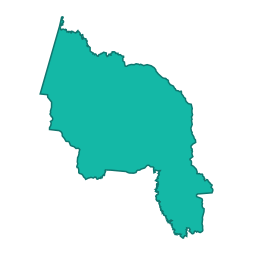 outline of Miranda, Mato Grosso do Sul, Brazil, rotated 6°
{"feature_id": "56859067B93702669901157", "entity_name": "Miranda", "entity_type": "district", "adm_level": 2, "iso_a3": "BRA", "parent_name": "Brazil", "parent_adm1": "Mato Grosso do Sul", "projection": "mercator", "projection_center": [-56.507, -20.138], "detail": "fine", "context": "isolated", "style": "filled", "palette": "teal", "viewbox_px": 256, "rotation_deg": 6, "n_neighbors": 0, "source": "geoboundaries", "source_scale": "gbopen_adm2", "svg_char_len": 5864}
<svg xmlns="http://www.w3.org/2000/svg" viewBox="0 0 256 256"><g transform="rotate(6 128 128)"><path d="M218.3,183.7L218.9,181.6L218.8,180.5L218.4,179.7L216.8,178.2L217.6,176.2L217.3,175.6L215.8,175.0L215.4,174.2L213.7,172.9L212.5,171.2L211.6,171.1L210.1,172.4L209.0,171.0L209.5,170.2L208.9,169.6L208.7,168.8L207.4,168.0L207.1,166.6L206.6,166.1L205.0,166.4L203.5,165.8L202.8,166.2L201.3,166.1L201.4,164.6L200.2,161.9L197.1,159.2L194.9,158.3L194.7,155.1L194.2,154.0L192.9,153.1L192.9,152.3L195.5,149.7L194.7,148.2L194.1,146.4L194.5,144.6L194.3,144.0L193.7,143.8L194.1,143.1L194.0,142.2L192.9,141.2L192.6,140.2L192.7,139.1L194.4,137.0L196.8,135.3L196.3,132.8L195.0,131.6L194.3,129.7L192.4,127.3L192.1,126.5L192.3,125.6L191.4,124.6L190.5,121.5L191.5,117.8L190.3,113.7L190.8,112.8L189.9,110.2L190.6,109.1L190.8,108.0L190.1,106.3L189.7,103.9L189.9,102.0L188.4,97.8L185.5,97.5L183.1,95.6L182.2,94.0L182.0,92.6L180.4,91.7L179.6,90.4L177.9,88.6L177.5,88.0L177.4,86.5L176.9,85.8L176.2,86.3L175.1,86.4L174.3,85.8L171.9,85.6L170.8,83.9L170.2,83.8L168.8,81.6L165.1,80.3L164.8,79.6L163.5,78.4L163.2,76.8L162.5,76.0L161.0,75.6L160.7,74.9L160.0,74.7L158.3,74.8L156.7,74.2L152.5,71.1L150.0,68.6L149.4,67.0L147.7,65.3L144.6,63.7L140.4,63.0L137.1,64.3L134.0,63.3L132.8,63.9L131.6,63.4L129.3,63.3L127.5,64.4L124.5,64.5L121.7,65.6L120.2,66.8L118.8,66.8L118.1,65.3L117.6,62.9L116.0,61.9L115.7,61.1L115.8,60.5L115.5,60.0L115.5,59.1L116.3,58.1L116.1,57.1L114.4,57.0L112.8,55.9L110.9,56.2L110.3,55.9L110.3,54.8L107.9,55.1L107.8,54.3L106.3,53.6L104.4,53.9L104.6,54.6L103.4,55.5L103.1,56.5L103.5,57.2L102.7,57.3L102.4,56.5L101.4,56.6L100.5,58.6L99.8,59.1L98.6,57.4L98.6,55.7L95.9,55.2L95.2,55.7L94.9,56.3L93.4,56.7L93.3,57.3L91.4,58.1L90.8,59.7L90.0,59.7L88.1,57.8L87.0,58.6L86.5,57.7L85.7,57.4L85.3,57.7L85.2,56.8L83.9,56.5L82.3,55.4L81.9,51.9L80.3,50.9L79.7,50.1L79.0,50.2L79.0,49.4L77.8,46.7L78.3,46.0L77.9,45.2L77.0,44.9L76.8,43.7L74.9,43.6L74.0,42.3L73.6,42.8L73.9,44.1L73.3,44.4L72.8,43.6L72.2,41.2L73.0,41.0L73.4,40.4L73.1,39.9L71.2,40.7L70.5,40.2L70.7,39.5L70.4,38.7L68.6,36.9L67.5,37.8L67.5,37.0L66.0,38.9L63.5,38.3L63.1,37.8L61.6,37.7L61.5,38.3L61.8,38.8L61.5,39.4L60.9,39.1L60.7,38.2L59.8,38.3L59.0,38.8L58.9,38.2L57.4,38.9L57.0,38.0L56.3,37.5L56.3,36.7L55.6,36.4L54.9,36.9L53.0,36.4L51.6,37.4L50.8,37.2L50.6,35.9L49.9,34.9L49.8,33.6L50.3,33.0L50.9,33.1L50.8,31.9L52.2,32.4L52.3,31.5L51.7,30.8L52.7,29.8L52.8,28.9L52.5,28.3L51.1,27.4L50.9,26.6L51.8,25.4L51.9,24.6L51.1,24.3L50.4,24.7L49.3,33.9L37.1,103.3L44.5,103.3L45.0,105.8L49.3,110.2L49.8,115.5L49.1,119.3L49.5,121.1L49.1,121.8L49.1,122.6L50.3,123.9L50.4,124.6L51.6,125.2L52.2,126.7L51.9,128.3L50.2,129.6L51.0,130.8L51.1,131.4L50.9,133.7L49.9,135.9L50.1,137.7L59.8,137.8L61.8,138.7L63.1,140.4L63.5,142.8L66.0,145.2L67.6,147.6L68.6,147.8L70.3,147.6L71.0,148.2L72.6,151.2L73.3,151.6L76.5,152.3L78.4,153.8L80.7,153.3L82.3,154.4L81.8,157.5L82.0,158.4L81.5,161.7L81.0,162.4L81.1,167.1L81.8,168.8L81.1,171.7L81.5,172.6L82.3,172.5L82.7,173.0L83.4,174.7L83.7,177.4L84.3,178.2L86.8,178.7L88.2,179.9L88.9,181.2L90.4,182.2L91.3,183.5L94.4,181.6L95.1,181.6L96.3,180.9L98.8,181.4L100.1,180.3L101.4,180.4L102.2,181.9L102.9,182.1L103.5,181.9L104.3,180.9L105.7,181.0L106.0,179.8L106.6,179.7L107.2,180.4L107.6,179.5L107.6,178.5L108.5,177.2L109.2,177.7L109.6,177.2L109.4,176.1L110.2,173.5L109.7,173.0L109.9,172.1L115.4,171.7L130.8,171.5L131.8,172.1L134.0,172.6L138.5,172.3L140.6,171.4L141.2,169.7L142.0,169.0L144.1,168.6L145.5,167.4L148.8,166.0L150.7,163.4L151.5,163.0L152.8,162.9L154.4,164.2L156.9,164.1L157.8,164.8L157.7,166.0L158.5,169.8L159.7,169.1L159.0,167.6L159.5,167.0L161.9,167.4L164.5,167.0L163.8,168.3L163.2,168.7L163.4,169.5L162.8,169.9L163.7,170.2L163.9,170.7L163.4,171.0L163.8,171.6L163.0,172.6L162.4,174.3L162.9,174.5L163.2,175.1L161.8,176.0L161.0,177.3L161.7,177.3L161.9,177.9L163.1,177.8L163.9,179.5L163.5,180.0L163.8,180.7L163.2,180.7L163.0,180.1L162.4,180.6L162.4,181.4L163.1,181.3L163.4,181.9L163.8,182.8L163.0,184.3L162.3,184.9L162.3,185.5L162.9,185.4L162.5,186.1L161.7,186.3L162.3,186.7L161.9,188.2L163.3,188.8L163.3,187.7L164.8,188.3L164.9,190.6L164.4,191.2L163.4,191.5L163.3,192.4L162.7,192.8L162.9,193.5L163.5,194.0L163.4,196.0L164.0,196.3L164.0,197.0L164.7,197.5L165.3,197.2L165.4,197.7L165.9,197.8L166.7,197.2L167.0,198.0L167.6,198.0L167.4,198.8L166.7,198.9L166.7,199.8L167.7,201.5L167.8,202.4L168.7,203.0L168.2,203.6L169.4,205.3L169.0,205.8L169.3,206.5L170.8,206.7L171.4,207.2L170.5,207.9L171.0,208.4L171.1,209.3L171.6,208.9L172.2,209.3L172.7,210.9L175.0,211.6L174.7,212.3L175.5,213.6L175.5,214.3L176.2,214.4L176.7,214.8L176.3,215.8L176.9,216.1L176.9,216.9L177.7,217.3L177.9,217.9L178.5,217.7L178.2,216.9L178.5,216.1L179.2,216.1L180.4,215.0L181.5,215.5L180.2,216.4L179.7,218.4L180.1,218.8L181.9,219.0L181.9,219.7L181.5,220.2L182.2,220.6L182.1,221.7L183.4,223.4L183.3,224.1L184.2,223.8L184.9,224.0L185.3,224.7L184.6,225.3L184.7,227.4L185.8,227.7L185.9,228.9L187.6,229.0L187.2,228.3L187.6,227.9L189.6,228.4L190.7,227.8L191.0,228.7L191.7,228.5L191.3,229.2L191.4,230.0L194.0,231.7L194.7,231.6L194.8,230.5L195.4,229.9L195.7,229.1L196.2,228.9L197.7,229.6L197.6,227.7L196.9,226.6L197.6,226.4L196.8,225.0L196.8,224.1L197.4,223.5L197.2,222.8L196.6,222.7L197.1,222.1L196.9,221.4L197.4,221.6L197.9,221.1L199.5,221.2L200.4,222.6L199.7,223.3L199.6,224.1L200.3,224.1L200.6,224.9L201.4,225.1L202.2,226.1L203.0,226.5L204.3,226.0L205.0,223.8L205.7,223.5L207.2,224.3L207.7,223.6L208.3,223.5L209.8,224.3L211.0,224.3L212.8,222.8L213.1,221.8L212.6,219.6L212.5,217.7L211.6,215.5L211.7,211.0L211.3,209.3L212.3,203.4L212.1,200.3L210.6,199.5L210.3,199.0L209.7,197.0L210.0,195.5L209.3,194.3L209.6,192.2L209.2,190.9L207.8,190.2L203.7,189.2L203.3,188.8L203.2,187.2L204.2,186.3L218.3,183.7ZM79.0,50.2L79.1,50.9L78.6,50.6L79.0,50.2ZM163.4,181.9L162.7,181.9L162.7,182.6L163.4,181.9Z" fill="#14b8a6" stroke="#0f766e" stroke-width="1.5"/></g></svg>